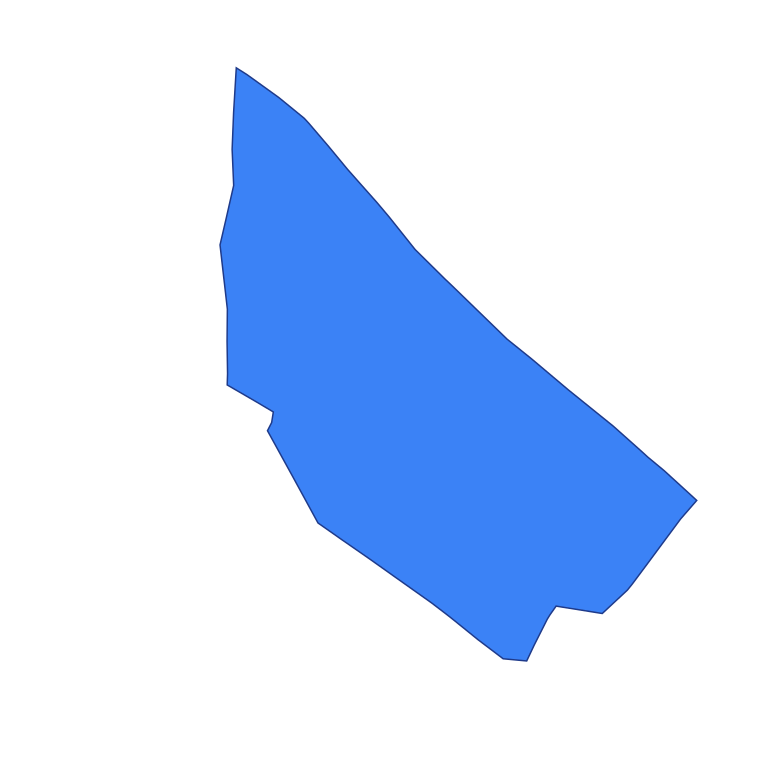 Alagoinha do Piauí, Piauí, Brazil (Mercator projection), rotated 131°
{"feature_id": "56859067B21124147099075", "entity_name": "Alagoinha do Piauí", "entity_type": "district", "adm_level": 2, "iso_a3": "BRA", "parent_name": "Brazil", "parent_adm1": "Piauí", "projection": "mercator", "projection_center": [-40.918, -6.952], "detail": "fine", "context": "isolated", "style": "filled", "palette": "blue", "viewbox_px": 768, "rotation_deg": 131, "n_neighbors": 0, "source": "geoboundaries", "source_scale": "gbopen_adm2", "svg_char_len": 883}
<svg xmlns="http://www.w3.org/2000/svg" viewBox="0 0 768 768"><g transform="rotate(131 384 384)"><path d="M495.7,441.3L513.9,391.8L532.2,342.6L529.2,313.9L525.5,280.2L522.5,249.7L518.0,204.4L516.9,186.9L516.6,181.5L515.8,159.8L515.3,145.2L513.2,113.8L499.4,94.6L482.7,99.3L454.3,106.5L449.4,107.3L438.7,108.4L436.0,104.0L414.0,68.7L379.8,65.1L371.8,65.4L346.5,67.3L291.2,71.6L266.7,71.6L265.6,115.5L266.1,137.1L265.9,144.1L265.4,183.4L267.5,241.0L268.2,288.4L269.4,320.6L265.9,384.3L265.1,399.1L264.8,406.4L262.1,448.7L254.6,489.5L251.7,508.0L248.4,533.4L245.9,552.4L241.1,581.3L236.6,611.4L235.8,618.5L236.8,651.2L240.4,690.4L242.3,702.9L277.8,675.6L306.5,652.6L332.8,627.7L363.6,611.2L386.6,599.0L408.7,574.9L412.6,570.6L430.3,551.3L454.8,530.4L478.9,508.8L487.6,501.7L481.1,467.9L477.7,449.2L486.8,443.5L495.7,441.3Z" fill="#3b82f6" stroke="#1e3a8a" stroke-width="1.5"/></g></svg>